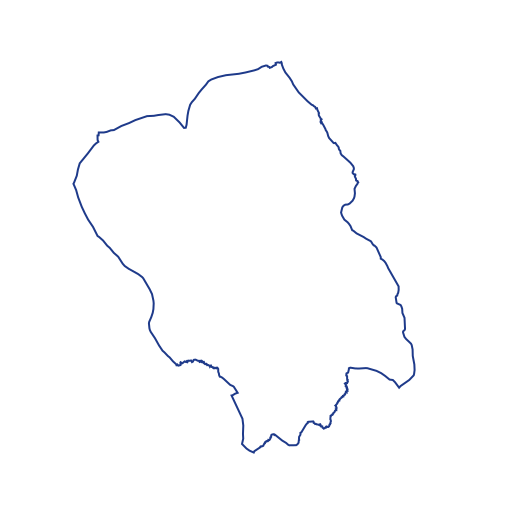 Nong Bun Mak, Nakhon Ratchasima, Thailand (Natural Earth projection), rotated 150°
{"feature_id": "78962969B63002295822353", "entity_name": "Nong Bun Mak", "entity_type": "district", "adm_level": 2, "iso_a3": "THA", "parent_name": "Thailand", "parent_adm1": "Nakhon Ratchasima", "projection": "natural_earth1", "projection_center": [102.371, 14.724], "detail": "fine", "context": "isolated", "style": "outline", "palette": "blue", "viewbox_px": 512, "rotation_deg": 150, "n_neighbors": 0, "source": "geoboundaries", "source_scale": "gbopen_adm2", "svg_char_len": 6000}
<svg xmlns="http://www.w3.org/2000/svg" viewBox="0 0 512 512"><g transform="rotate(150 256 256)"><path d="M197.9,70.4L195.8,71.1L185.3,72.0L179.1,73.8L178.0,74.9L175.7,77.9L173.1,82.9L170.2,91.1L167.1,96.8L165.7,101.0L165.6,102.6L167.5,109.0L167.9,111.7L166.9,116.2L166.5,116.9L165.9,117.3L164.5,117.5L163.6,118.1L163.2,118.7L158.3,128.2L157.7,133.4L155.8,137.2L155.3,139.7L155.3,141.3L157.6,144.5L157.7,145.1L155.6,150.5L154.8,151.1L153.5,151.1L152.7,152.1L151.3,153.0L149.4,155.3L147.7,158.4L147.6,179.4L147.3,181.5L147.2,185.3L147.5,187.5L148.3,189.7L149.3,191.3L148.5,192.7L147.4,203.1L148.2,205.9L148.6,206.1L149.0,207.5L149.1,211.1L149.3,211.6L152.1,216.1L153.3,218.6L157.6,225.3L159.1,229.3L159.8,230.2L159.2,234.7L159.4,237.3L159.8,239.4L161.3,243.3L161.3,247.5L161.1,249.0L160.6,251.1L156.9,255.0L155.0,255.8L153.0,255.8L150.7,254.7L148.7,254.6L144.7,255.6L142.2,257.1L141.0,258.2L139.0,260.8L137.1,264.9L134.5,266.7L131.8,267.9L131.2,268.7L130.7,268.7L130.6,270.2L131.4,271.0L131.5,271.6L130.8,272.9L130.7,275.2L130.5,275.7L129.4,276.4L129.2,276.9L129.5,277.3L130.5,277.9L130.8,279.7L130.2,280.5L127.9,282.2L127.3,283.2L126.9,285.1L127.6,289.5L130.5,298.5L131.3,300.4L131.4,302.5L130.4,305.0L130.8,306.5L130.6,307.7L130.2,308.4L130.1,309.6L130.5,311.5L130.7,314.3L132.0,314.7L132.3,315.1L133.7,321.6L133.5,323.8L132.6,327.1L132.5,328.5L132.7,330.0L132.4,331.2L132.2,335.7L132.3,337.9L133.2,338.2L133.1,339.7L132.1,339.6L132.0,341.4L130.9,341.7L131.2,342.4L131.3,346.2L130.6,347.9L130.0,348.2L129.8,351.6L129.3,353.5L130.4,353.8L130.2,355.5L131.0,356.9L131.3,358.1L132.2,359.2L134.0,364.3L137.2,376.3L138.0,386.0L137.6,389.3L137.8,393.6L138.8,400.3L138.6,404.7L137.9,408.9L137.3,410.1L137.1,411.4L138.7,411.4L139.6,412.3L140.8,413.0L142.6,413.3L143.1,411.7L146.5,412.0L147.7,411.7L150.0,412.1L150.0,413.1L151.1,414.1L150.9,415.0L152.1,416.0L156.4,417.0L160.8,416.8L164.6,417.6L173.4,420.2L179.8,422.4L191.6,427.6L199.5,430.0L206.5,431.2L209.9,431.1L213.7,429.4L219.8,427.4L224.0,425.8L230.4,422.7L234.7,421.3L237.4,419.9L242.0,415.5L245.1,411.8L250.5,404.4L252.7,402.2L254.3,402.9L255.4,409.9L257.6,417.7L260.4,421.7L263.3,424.0L270.3,427.0L274.4,428.5L280.4,431.6L292.4,434.0L299.5,434.6L307.5,435.9L316.1,436.1L318.9,437.4L323.2,438.1L326.1,439.1L330.4,441.6L332.0,439.2L333.0,439.6L335.2,435.6L335.4,433.7L338.2,433.5L341.2,432.8L350.4,428.9L362.3,424.4L366.9,420.0L371.1,415.1L376.9,410.5L378.0,409.8L378.8,403.0L380.7,395.7L382.3,385.8L382.9,378.7L383.2,371.5L382.6,362.7L383.2,352.5L382.4,351.0L380.7,345.9L379.7,339.3L378.6,336.2L377.6,329.9L375.7,324.3L375.3,316.0L374.7,313.0L372.6,308.5L367.0,299.1L365.1,294.6L364.8,293.1L364.7,280.5L365.1,275.0L367.2,268.5L368.3,266.1L371.4,261.3L373.9,258.4L377.3,255.4L381.5,252.3L382.4,251.2L384.4,246.8L384.9,245.1L385.1,242.9L384.6,235.4L384.7,227.0L384.3,220.7L383.5,218.4L382.3,213.4L381.5,211.4L380.6,206.4L379.2,201.9L379.5,201.1L379.1,200.8L378.3,201.2L377.9,199.8L375.9,199.3L375.6,199.5L375.4,200.3L374.6,200.6L374.7,201.5L374.4,201.7L374.2,201.4L374.0,200.2L373.5,199.9L370.5,200.4L369.9,199.5L368.6,199.6L368.9,198.6L368.6,198.3L367.6,199.0L366.7,199.1L366.0,198.5L364.5,198.0L364.5,196.1L363.4,196.1L362.1,197.1L361.5,197.1L360.1,196.4L358.8,194.4L357.3,193.4L357.4,193.0L357.8,192.6L357.8,192.4L356.8,192.2L356.3,191.5L356.0,191.8L356.0,192.8L355.5,192.6L355.2,191.8L355.4,191.2L355.0,190.0L354.4,190.5L354.1,190.4L354.3,188.2L354.1,187.7L352.8,187.4L352.7,186.9L352.9,185.9L351.8,185.4L351.4,184.4L350.7,184.1L351.1,183.1L349.8,183.4L349.9,182.1L348.9,181.3L349.1,180.5L348.9,180.0L348.3,179.6L347.4,179.8L346.7,178.6L345.6,178.9L345.3,178.6L345.2,177.1L346.6,174.6L346.9,172.7L347.5,171.3L347.7,169.6L347.1,169.2L346.1,167.6L345.3,165.5L342.8,157.3L341.0,154.8L340.6,153.9L340.3,146.7L342.9,147.2L345.9,147.1L346.9,147.4L349.1,121.8L351.8,115.5L356.2,108.5L358.4,104.2L362.1,100.2L360.5,94.0L358.9,90.6L356.2,86.9L355.0,87.8L348.1,88.2L347.6,88.7L346.7,88.7L346.4,88.2L344.6,88.0L343.2,89.1L342.7,89.1L342.2,89.6L341.8,89.5L341.7,89.8L341.3,90.2L340.2,90.4L340.0,90.1L339.1,90.4L338.7,90.3L338.4,89.7L337.9,89.8L337.2,90.6L336.4,89.9L334.7,90.8L334.3,91.7L333.4,91.7L332.4,93.2L331.6,93.4L330.1,93.0L329.7,92.7L329.6,91.9L329.1,92.0L328.8,91.4L325.6,83.1L323.4,79.1L322.5,76.4L321.8,75.4L315.9,72.1L314.3,72.2L312.5,73.0L311.0,75.1L310.6,75.1L309.9,76.7L309.0,77.9L306.9,79.0L305.9,80.7L304.9,80.6L297.5,84.7L295.8,85.4L294.8,85.4L294.2,86.3L293.7,86.3L289.1,84.1L289.0,83.8L289.5,82.6L288.9,81.8L288.8,80.9L288.0,80.6L287.7,79.9L286.4,78.9L285.6,77.7L284.9,78.3L284.5,78.2L284.5,77.4L284.9,75.9L283.8,75.3L284.2,74.2L283.6,72.6L282.9,72.8L282.4,72.5L281.7,72.8L281.3,72.5L280.8,73.1L280.3,73.2L280.1,73.0L280.4,72.8L280.3,72.4L279.9,72.4L278.9,71.8L277.8,72.0L276.8,73.1L276.2,73.1L276.1,73.5L275.1,73.8L274.7,74.7L273.7,75.5L273.3,76.6L273.3,77.4L271.4,80.2L271.0,80.0L270.3,80.5L269.3,80.2L268.8,80.8L268.1,80.7L267.3,81.5L266.7,81.4L265.8,81.7L265.1,82.4L264.2,82.4L263.8,82.9L263.4,82.5L263.1,83.0L263.2,83.6L262.5,83.7L262.0,84.5L262.0,85.1L262.2,85.4L261.8,85.7L261.6,86.4L261.9,86.8L259.2,87.7L258.9,88.3L257.8,88.6L257.7,89.0L257.0,89.3L256.2,89.1L256.0,89.7L255.2,89.8L255.0,90.2L253.1,90.5L252.5,90.9L252.2,90.6L251.5,90.7L250.9,91.3L250.4,90.8L249.9,91.4L248.4,91.5L248.3,91.9L247.7,91.9L247.4,92.4L246.7,92.6L246.2,93.3L245.7,92.7L245.4,93.6L245.1,93.7L244.9,93.4L244.6,93.6L244.2,93.5L244.2,94.2L243.3,94.8L243.3,95.2L243.8,95.4L243.6,96.1L243.3,96.3L243.3,96.8L242.9,96.7L242.8,97.0L242.7,98.1L243.3,98.6L242.4,99.8L242.5,100.5L242.8,100.8L242.8,101.0L242.2,100.9L241.9,101.2L241.5,100.9L241.4,100.4L240.7,100.3L240.2,100.9L239.3,101.2L239.3,101.9L238.9,102.3L239.0,102.7L238.5,103.0L238.7,103.7L237.2,106.4L237.6,107.3L237.0,107.9L236.9,108.5L236.3,109.1L234.5,109.0L231.9,111.8L231.7,112.3L231.1,112.4L230.6,112.1L230.1,112.1L226.4,109.1L223.4,107.2L216.9,104.0L215.6,103.1L209.1,96.3L206.2,92.0L204.1,87.5L202.1,82.2L199.5,80.2L198.7,77.2L197.9,70.4Z" fill="none" stroke="#1e3a8a" stroke-width="2"/></g></svg>